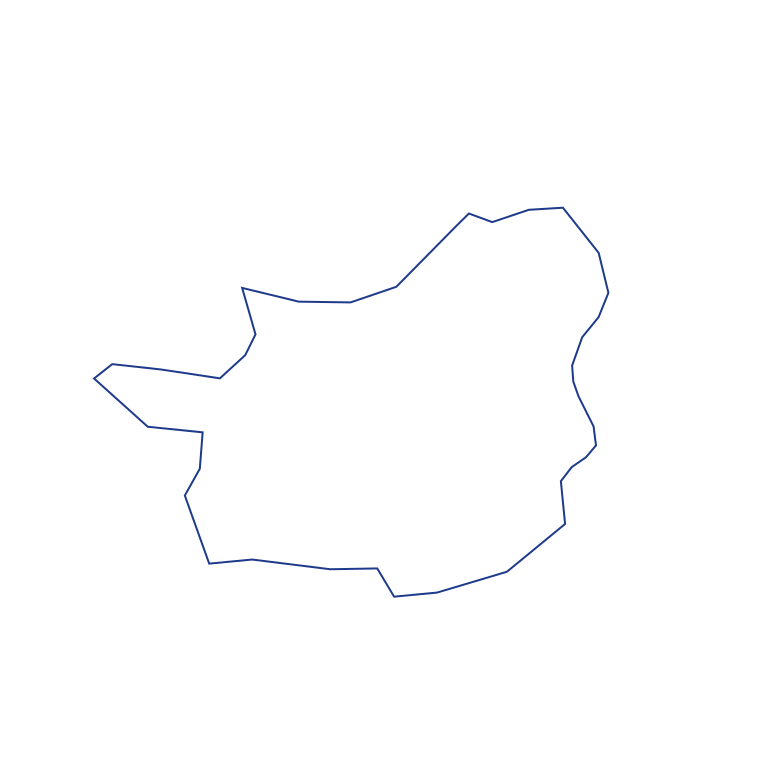 the border of Zubin Potok, rotated 129°
{"feature_id": "KOS-5897", "entity_name": "Zubin Potok", "entity_type": "District", "adm_level": 1, "iso_a3": "XKX", "parent_name": "Kosovo", "parent_adm1": "", "projection": "albers", "projection_center": [20.618, 42.908], "detail": "fine", "context": "isolated", "style": "outline", "palette": "blue", "viewbox_px": 768, "rotation_deg": 129, "n_neighbors": 0, "source": "natural_earth", "source_scale": "10m", "svg_char_len": 646}
<svg xmlns="http://www.w3.org/2000/svg" viewBox="0 0 768 768"><g transform="rotate(129 384 384)"><path d="M330.4,185.8L348.2,185.4L378.8,155.2L452.5,170.3L512.7,211.5L542.9,242.3L531.6,273.2L561.8,309.2L603.4,376.0L633.6,406.8L596.0,468.6L565.8,473.8L535.7,494.5L565.9,540.7L562.2,612.8L539.6,607.7L513.1,566.5L482.9,515.1L448.9,510.0L426.3,515.1L398.6,554.7L373.6,502.0L341.7,461.4L300.7,435.6L215.0,427.2L198.1,425.3L190.1,401.8L157.5,381.1L134.4,355.9L147.0,299.7L171.9,267.0L197.0,259.3L222.9,259.4L251.3,249.4L263.0,238.4L271.1,225.2L285.1,194.4L298.3,180.6L313.6,180.9L330.4,185.8Z" fill="none" stroke="#1e3a8a" stroke-width="2"/></g></svg>